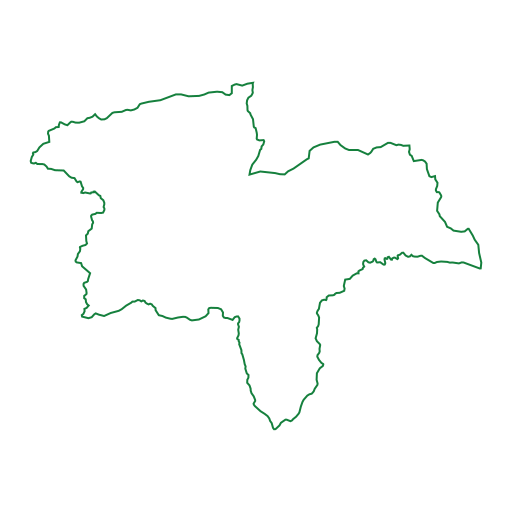 the district of Than To, Yala, Thailand
{"feature_id": "78962969B74905002065974", "entity_name": "Than To", "entity_type": "district", "adm_level": 2, "iso_a3": "THA", "parent_name": "Thailand", "parent_adm1": "Yala", "projection": "mercator", "projection_center": [101.258, 6.055], "detail": "fine", "context": "isolated", "style": "outline", "palette": "green", "viewbox_px": 512, "rotation_deg": 0, "n_neighbors": 0, "source": "geoboundaries", "source_scale": "gbopen_adm2", "svg_char_len": 5980}
<svg xmlns="http://www.w3.org/2000/svg" viewBox="0 0 512 512"><path d="M95.1,114.2L92.5,116.7L89.7,117.8L87.4,118.2L84.3,121.3L79.1,122.7L75.5,122.6L72.9,121.8L71.3,121.7L70.4,122.3L67.4,125.2L64.8,124.4L60.9,122.3L59.9,122.3L58.9,124.9L58.7,127.0L55.9,127.2L54.4,128.5L48.7,130.9L48.2,131.6L48.0,133.7L48.9,135.7L49.3,141.9L43.3,143.8L39.4,147.4L37.2,151.0L35.4,152.1L33.3,152.5L32.9,153.2L33.3,154.6L31.8,157.0L30.7,161.0L31.1,162.7L32.4,163.2L34.0,163.5L35.8,162.8L37.3,164.0L42.6,164.1L44.3,164.5L46.6,166.6L47.9,168.7L51.1,168.9L55.0,170.2L63.7,170.5L69.2,176.3L71.5,177.7L74.5,178.1L76.5,181.4L77.5,182.2L79.8,181.4L80.6,181.7L82.0,186.3L83.2,188.0L83.1,189.2L81.4,191.8L81.3,192.7L83.3,193.1L85.1,192.5L90.1,193.5L90.7,193.4L91.2,192.5L94.2,192.2L94.0,191.6L94.8,191.5L98.9,195.3L100.3,195.9L100.8,198.2L103.3,200.2L104.3,202.8L104.3,204.3L103.6,207.0L104.4,208.5L104.4,209.9L103.1,212.6L101.2,213.0L96.7,212.8L95.4,213.9L92.2,214.6L91.2,215.6L91.1,216.6L92.1,220.3L92.9,221.3L93.1,222.8L92.2,224.3L91.7,228.6L88.3,231.2L87.8,233.6L86.0,235.4L86.3,241.0L87.0,243.5L85.5,245.0L82.5,245.8L80.0,247.0L79.9,247.5L80.3,248.9L79.9,251.3L77.9,254.0L77.5,256.6L75.5,260.3L75.7,261.6L76.7,262.4L81.1,263.1L82.1,266.3L90.1,273.2L88.2,279.0L87.8,281.2L87.0,281.9L84.2,282.8L83.5,284.0L83.6,285.9L86.1,289.5L86.6,293.1L86.4,294.1L84.2,295.9L84.2,298.2L85.7,299.3L86.0,302.1L87.2,304.3L88.7,305.5L86.6,307.9L84.4,308.9L84.6,311.2L83.4,313.9L81.8,315.1L82.1,316.6L88.4,318.2L91.7,317.2L94.2,314.4L95.7,313.4L99.0,314.7L104.1,316.0L110.7,313.0L118.8,310.8L121.7,309.2L126.2,305.6L131.2,302.7L132.4,301.6L134.7,301.6L137.8,300.0L139.7,300.3L141.3,301.4L142.9,300.5L144.6,301.0L145.5,302.6L146.9,303.6L148.6,304.4L150.1,303.7L151.8,304.4L152.7,305.8L155.5,308.1L155.6,310.2L158.8,315.2L162.4,316.0L165.8,317.6L170.3,318.7L172.2,318.9L178.0,317.5L183.0,316.8L185.2,316.9L186.8,317.6L190.0,319.8L191.9,320.4L198.9,319.5L205.6,316.3L208.5,313.1L208.3,309.4L209.2,308.1L210.9,307.8L217.9,308.0L221.1,309.3L223.0,312.5L222.8,315.8L223.9,317.5L225.5,318.0L227.4,318.0L232.6,319.9L234.7,317.2L236.5,316.5L238.1,316.4L239.5,318.6L239.5,320.6L239.1,322.2L238.1,323.3L238.0,324.1L238.9,326.8L238.2,329.7L238.8,333.5L238.5,335.4L237.1,338.2L237.3,339.0L238.7,339.9L238.7,341.2L239.5,342.7L239.2,344.2L241.4,350.1L241.5,353.2L242.3,354.3L243.9,359.9L244.7,364.2L245.6,366.4L245.3,368.6L246.8,373.4L248.5,375.0L248.4,377.7L247.3,379.8L247.2,382.8L249.5,385.4L250.6,388.6L250.7,390.6L251.5,393.2L253.7,396.3L255.1,399.8L255.2,400.9L253.6,403.6L253.8,404.6L254.8,406.0L260.5,411.2L264.6,413.8L267.6,416.1L269.3,418.5L270.1,420.9L271.7,423.1L273.0,427.8L274.0,429.2L275.2,429.2L275.9,428.8L279.5,425.4L280.9,422.8L285.4,419.7L286.7,419.7L290.5,421.2L292.2,420.3L292.9,419.3L296.1,416.7L298.7,413.6L299.4,412.3L300.9,406.4L302.5,401.9L303.7,399.7L307.3,395.6L309.4,394.3L311.7,393.7L312.7,392.6L313.7,391.4L314.7,388.8L317.4,384.9L317.6,383.5L316.6,379.8L316.9,373.2L319.8,368.3L322.8,366.0L323.3,364.6L323.2,364.0L321.4,362.9L319.0,359.9L317.3,356.7L317.5,355.1L319.2,352.9L319.7,351.4L319.5,348.9L320.2,345.0L319.7,344.0L316.9,341.2L315.6,338.3L317.0,333.3L317.2,329.5L316.8,327.8L318.1,326.2L318.7,324.3L319.1,317.5L318.2,315.3L316.9,313.4L316.9,312.5L317.7,310.6L318.9,308.9L320.0,302.8L321.9,300.4L324.2,299.7L326.1,300.1L326.5,299.5L326.7,297.2L328.8,295.5L332.9,295.3L334.4,294.8L334.9,294.0L336.4,293.0L339.7,292.8L344.2,290.8L344.6,288.6L343.8,286.0L345.2,279.6L349.8,278.9L352.7,275.6L356.8,273.3L358.5,273.3L358.4,271.4L359.5,270.5L362.6,269.1L363.0,267.7L364.2,266.6L363.2,264.6L363.1,263.5L363.4,261.9L364.4,260.6L366.2,260.3L368.4,262.3L370.1,262.7L372.6,261.6L373.3,260.8L373.7,259.2L374.7,258.6L375.5,259.3L376.3,261.7L377.1,262.5L380.2,262.2L383.4,264.5L384.1,264.7L384.8,264.5L385.3,263.1L384.5,259.6L384.7,258.4L385.2,258.1L386.7,258.9L387.3,258.8L387.7,257.2L388.9,256.8L391.0,259.6L391.9,259.7L392.3,258.4L393.9,257.6L394.8,257.6L397.4,259.1L398.1,258.4L397.6,255.8L397.9,255.3L399.9,254.7L402.0,252.8L403.3,252.7L405.6,255.5L408.1,256.8L409.9,256.4L411.4,254.8L412.9,256.2L414.7,256.6L417.6,256.7L420.3,255.8L421.9,255.7L424.9,258.0L433.3,263.0L434.7,263.0L436.9,262.0L441.1,261.5L447.3,261.9L449.8,262.6L452.6,262.5L458.9,263.4L461.7,262.4L463.6,262.5L479.8,268.5L480.7,268.4L481.3,262.6L479.1,253.0L478.3,244.8L474.7,239.7L472.8,235.6L468.7,228.8L467.8,228.8L464.7,231.4L461.2,231.8L453.5,230.6L450.8,228.4L447.1,226.8L445.0,221.9L439.8,216.2L439.4,214.3L437.1,210.8L437.8,202.6L441.1,197.2L441.3,196.3L441.1,195.4L439.4,192.5L438.8,192.1L436.8,192.1L435.9,190.5L435.9,189.2L437.2,186.0L437.5,182.8L435.3,179.4L435.0,176.1L431.4,177.1L429.4,176.2L426.9,169.1L426.6,163.7L425.0,161.5L423.1,160.3L421.6,159.9L413.8,161.1L411.7,155.9L409.9,154.7L409.0,151.9L409.7,149.2L409.4,145.5L403.3,145.8L400.9,144.9L398.5,144.6L396.4,145.2L390.6,142.9L387.9,142.9L380.7,147.1L376.7,147.4L373.2,148.8L371.3,151.8L370.2,153.0L368.0,154.5L358.0,150.0L349.0,150.0L345.2,148.5L340.5,145.1L337.7,141.8L334.4,141.8L320.2,144.6L313.5,147.4L309.6,150.9L308.7,158.4L306.8,159.3L293.5,168.6L288.1,171.3L284.7,174.4L279.9,174.2L275.2,173.1L260.3,171.5L249.5,174.6L250.3,170.1L252.3,164.6L256.2,159.7L258.3,156.0L260.1,149.9L261.3,148.9L261.6,146.4L263.3,144.5L264.2,141.3L263.6,140.1L259.4,140.4L257.1,139.5L256.7,138.7L257.0,134.8L256.7,132.6L255.6,128.1L254.2,127.4L253.8,126.7L253.0,119.2L250.5,114.5L250.2,113.2L247.8,111.0L247.5,110.1L247.4,105.9L246.7,103.4L247.1,100.3L248.4,97.7L251.3,95.7L252.5,93.5L252.8,92.7L252.4,90.1L252.9,87.1L252.7,83.6L253.0,82.8L247.4,83.7L242.2,85.6L236.5,84.1L234.6,84.6L231.8,86.0L231.8,93.2L229.4,95.1L225.6,94.6L222.3,92.2L217.1,91.7L208.6,92.6L204.3,94.5L199.1,95.9L188.6,96.3L181.1,94.4L175.9,94.4L160.4,100.2L148.8,101.8L141.3,103.6L139.8,104.2L137.5,107.8L134.3,109.5L130.8,110.4L127.5,109.8L125.9,110.0L121.8,111.8L114.4,112.3L112.4,112.9L106.8,118.2L104.5,119.3L101.2,119.5L98.9,118.2L96.8,116.4L95.1,114.2Z" fill="none" stroke="#15803d" stroke-width="2"/></svg>